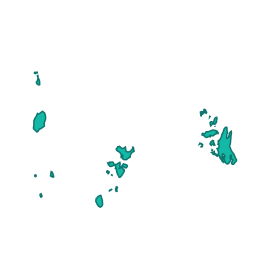 the district of Kota Tual, Indonesia, rotated 349°
{"feature_id": "22746128B79752231805890", "entity_name": "Kota Tual", "entity_type": "district", "adm_level": 2, "iso_a3": "IDN", "parent_name": "Indonesia", "parent_adm1": "", "projection": "mercator", "projection_center": [132.406, -5.449], "detail": "fine", "context": "isolated", "style": "filled", "palette": "teal", "viewbox_px": 256, "rotation_deg": 349, "n_neighbors": 0, "source": "geoboundaries", "source_scale": "gbopen_adm2", "svg_char_len": 6010}
<svg xmlns="http://www.w3.org/2000/svg" viewBox="0 0 256 256"><g transform="rotate(349 128 128)"><path d="M223.4,157.2L223.0,157.1L223.0,156.4L224.0,152.3L224.7,152.1L224.7,149.5L225.2,146.6L224.7,145.9L223.8,146.0L222.3,147.1L220.0,151.2L219.0,152.1L217.5,155.3L214.8,158.1L214.5,157.7L214.0,158.1L214.3,158.5L213.2,161.2L213.4,161.3L213.9,160.8L213.9,163.5L213.1,164.9L211.8,165.0L211.4,165.3L211.8,166.0L212.3,169.2L211.8,170.0L211.7,171.2L212.6,173.1L212.6,175.0L213.5,176.8L213.8,176.2L213.5,174.6L214.6,174.6L215.2,176.0L216.0,175.5L216.2,175.0L215.9,174.0L215.2,172.6L215.9,171.5L216.5,171.5L217.7,173.1L217.3,174.0L217.7,174.8L216.9,175.2L216.9,175.6L215.8,175.7L215.2,176.3L215.6,177.0L216.6,177.2L216.7,177.8L216.4,178.8L217.5,181.2L218.4,182.2L218.9,182.3L220.2,181.9L221.3,180.5L222.2,179.9L222.8,178.8L222.5,176.8L222.8,175.5L223.4,174.3L224.3,174.5L223.7,177.3L224.0,178.2L224.9,179.4L223.0,181.8L222.9,182.5L223.4,183.4L224.6,183.8L228.3,180.9L228.4,179.6L227.6,177.5L227.2,174.6L225.1,170.0L224.3,165.2L224.6,164.1L225.4,163.1L227.2,157.0L226.7,156.4L227.0,155.6L227.5,155.7L228.7,152.3L228.7,150.9L227.0,151.9L224.9,156.3L223.4,157.2ZM48.9,97.1L48.2,96.6L47.5,95.4L47.2,95.3L43.5,97.2L42.0,97.0L41.8,96.6L39.7,99.7L39.0,100.1L37.1,102.7L36.3,106.6L35.8,108.5L35.4,109.0L35.1,110.7L37.8,114.5L38.8,114.3L40.9,112.1L42.1,112.1L46.3,110.2L46.4,108.4L47.1,106.4L48.7,103.7L49.1,102.0L49.3,99.6L48.9,97.1ZM117.5,146.3L116.1,144.3L115.3,144.6L114.3,144.5L113.7,145.5L112.9,146.2L112.6,146.1L112.4,146.5L112.8,147.9L113.4,148.7L115.6,150.6L115.8,152.0L116.2,152.5L116.6,153.7L117.2,153.4L117.6,153.8L117.5,154.5L117.1,154.5L116.9,154.1L116.3,154.2L116.7,154.6L115.7,154.8L115.6,155.4L115.7,155.8L116.7,155.7L116.5,155.9L117.1,157.5L117.5,158.0L119.1,158.6L120.5,158.7L122.6,157.6L124.5,157.1L125.1,155.2L125.9,154.0L127.6,152.6L129.2,152.2L129.7,151.7L129.4,150.7L129.7,148.9L129.3,147.7L129.0,147.7L128.9,148.8L126.1,151.2L124.4,151.7L122.4,151.2L121.6,150.2L121.8,146.2L120.2,147.0L118.8,147.1L117.5,146.3ZM103.3,158.0L101.3,159.1L101.2,159.3L101.3,159.2L101.8,159.3L101.7,158.9L102.2,159.3L102.1,160.4L101.1,160.5L102.2,160.5L102.7,161.9L103.3,162.4L104.9,162.5L106.9,161.9L107.7,162.0L108.2,162.5L108.6,163.9L107.9,165.3L108.6,165.5L108.0,165.3L108.2,165.0L108.6,165.4L108.7,170.4L110.0,174.7L110.6,174.9L112.5,173.7L115.8,170.2L116.3,168.9L116.1,167.8L115.5,167.1L115.9,168.3L115.5,167.9L114.2,164.9L113.3,164.8L112.8,166.0L111.8,166.0L112.8,165.0L112.6,163.8L113.5,161.7L113.4,160.2L112.3,160.8L111.9,160.6L110.4,161.3L108.2,161.5L107.3,160.8L107.1,159.5L106.5,158.5L105.5,158.4L104.7,158.6L104.3,158.3L103.4,158.7L103.4,158.3L103.8,158.1L103.3,158.0ZM211.9,146.7L210.9,146.1L206.8,146.9L205.7,147.0L204.4,146.6L203.7,146.8L202.2,148.5L200.6,147.5L199.9,147.6L199.3,148.9L201.6,150.5L201.9,151.3L202.6,152.0L203.4,152.2L204.3,152.2L207.4,151.0L209.8,151.9L210.8,151.7L211.5,150.9L213.1,150.7L214.1,149.1L214.3,148.3L213.7,147.4L212.9,146.8L211.9,146.7ZM88.5,189.1L88.0,188.8L85.2,189.7L84.0,191.0L83.3,191.2L82.7,192.8L82.4,194.2L83.2,196.4L83.2,197.4L83.8,197.9L84.2,199.3L85.0,199.6L85.5,200.4L86.5,200.2L87.7,199.5L88.5,198.2L89.0,194.0L88.5,189.1ZM214.5,140.7L216.0,139.1L216.5,137.1L217.2,135.6L217.1,134.4L216.2,134.4L214.7,135.5L213.0,138.8L212.9,140.5L213.4,140.8L214.5,140.7ZM50.1,66.2L50.0,63.8L49.4,62.0L49.1,62.1L47.6,65.1L46.9,65.3L46.7,66.1L47.0,67.2L48.2,68.5L49.1,68.7L49.7,68.4L49.8,66.6L50.1,66.2ZM119.7,164.0L116.7,162.3L114.9,163.9L115.7,164.3L115.2,164.3L115.2,164.9L114.9,165.2L116.6,165.4L117.9,166.6L118.8,166.8L120.1,165.4L120.0,164.6L119.7,164.0ZM209.3,158.4L209.5,156.9L208.6,156.3L206.7,157.5L205.4,159.3L206.5,161.0L207.7,159.9L208.4,159.9L208.8,159.6L208.7,160.6L209.0,161.3L209.9,161.4L209.3,158.4ZM45.7,158.9L45.0,156.6L44.3,156.1L42.8,160.2L44.3,161.7L45.7,161.7L45.8,161.5L45.9,161.3L45.8,160.5L45.8,161.4L45.6,161.6L45.4,161.0L45.7,158.9ZM208.2,167.6L207.6,168.0L207.0,167.8L206.4,168.1L206.2,167.8L205.6,167.9L206.2,168.3L205.9,168.6L206.1,169.4L207.0,170.4L208.1,170.6L209.0,171.3L210.2,172.8L210.7,172.8L210.8,171.8L209.2,170.2L208.2,169.6L208.2,167.6ZM209.7,141.7L212.3,139.6L212.0,138.3L211.0,137.6L209.8,138.0L209.4,138.8L209.7,141.7ZM203.2,125.9L202.6,126.1L202.9,126.3L202.4,126.2L202.1,126.8L201.9,128.9L202.7,128.1L203.1,128.1L202.0,128.9L202.4,129.6L202.6,129.1L203.6,128.8L205.2,127.8L204.4,127.2L204.6,126.9L203.0,126.2L203.7,126.4L204.2,126.3L203.2,125.9ZM207.5,124.9L206.4,124.2L206.0,124.5L206.2,124.9L205.8,125.1L205.6,126.0L206.3,126.2L206.1,126.7L206.6,126.9L206.5,127.6L207.5,128.4L208.2,127.6L207.4,125.5L207.5,124.9ZM105.9,183.6L105.2,183.6L105.2,184.1L104.2,185.4L104.0,187.4L104.7,188.1L105.1,188.1L105.1,186.4L106.3,184.3L105.9,183.6ZM214.5,177.0L214.3,176.6L214.3,177.3L213.9,177.5L213.6,177.1L214.3,179.1L214.7,179.1L215.4,180.0L216.3,178.4L216.3,177.9L215.6,177.0L214.9,176.8L214.5,177.0ZM30.1,176.6L30.1,176.0L29.1,176.3L28.8,177.1L29.1,178.8L29.4,179.3L30.1,179.1L30.6,178.3L30.4,177.1L30.1,176.6ZM100.9,167.1L99.5,166.1L98.8,166.6L98.7,167.4L99.5,168.3L99.8,169.0L100.0,168.9L100.0,168.4L100.3,168.8L101.0,168.1L100.9,167.1ZM49.5,55.9L46.9,55.6L46.6,56.4L47.5,57.0L48.9,56.4L49.5,56.6L49.5,55.9ZM28.0,158.1L28.5,157.9L28.7,157.1L28.5,156.5L27.9,156.3L27.5,156.6L27.3,157.4L27.5,157.9L28.0,158.1ZM196.9,157.1L196.2,156.9L196.4,157.2L197.1,157.6L197.2,158.7L197.6,158.9L197.3,160.1L196.1,160.4L196.2,160.6L197.0,160.6L197.7,159.9L197.6,158.7L198.0,158.4L196.9,157.1ZM215.5,149.4L214.9,148.4L214.3,150.3L215.4,150.6L215.5,149.4ZM97.1,186.5L100.9,185.0L98.7,185.3L97.1,186.5ZM49.6,59.3L49.1,59.3L49.0,60.0L49.3,61.5L49.6,59.3ZM207.5,151.4L206.9,151.6L207.0,152.4L207.4,152.1L207.5,151.4ZM206.8,165.8L206.4,165.3L206.1,166.0L206.4,166.1L206.8,165.8ZM103.1,170.2L102.9,171.0L103.3,171.5L103.4,171.4L103.1,170.2ZM195.8,157.4L195.5,157.0L195.0,157.6L195.8,157.4ZM210.7,132.4L210.4,132.2L210.2,132.9L210.7,132.4ZM213.7,143.4L213.7,142.9L213.6,142.7L213.6,143.1L213.7,143.4Z" fill="#14b8a6" stroke="#0f766e" stroke-width="1.5"/></g></svg>